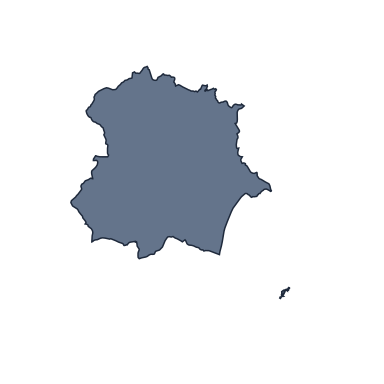 outline of Cam Lam, Khánh Hòa, Vietnam, rotated 37°
{"feature_id": "81297802B15274858883665", "entity_name": "Cam Lam", "entity_type": "district", "adm_level": 2, "iso_a3": "VNM", "parent_name": "Vietnam", "parent_adm1": "Khánh Hòa", "projection": "albers", "projection_center": [109.135, 12.074], "detail": "fine", "context": "isolated", "style": "filled", "palette": "slate", "viewbox_px": 384, "rotation_deg": 37, "n_neighbors": 0, "source": "geoboundaries", "source_scale": "gbopen_adm2", "svg_char_len": 6001}
<svg xmlns="http://www.w3.org/2000/svg" viewBox="0 0 384 384"><g transform="rotate(37 192 192)"><path d="M254.6,143.2L253.3,142.6L250.5,140.2L248.8,139.3L248.3,139.2L244.8,139.8L240.8,140.2L239.4,140.4L238.2,140.8L237.5,140.9L234.5,139.9L233.9,139.4L233.3,138.5L232.2,137.4L231.9,137.4L230.6,139.6L229.3,140.4L227.8,140.7L227.0,140.8L226.3,140.6L220.5,138.2L219.6,138.1L218.5,138.4L218.2,138.2L217.8,137.4L217.5,137.2L215.9,137.6L214.8,139.0L212.5,137.8L211.7,137.1L211.4,136.7L211.0,133.6L209.4,134.6L208.2,134.7L206.8,134.7L206.1,134.4L204.7,132.9L203.7,130.8L202.9,128.8L201.8,130.1L201.1,130.0L198.9,127.6L196.3,122.9L196.2,121.5L195.9,120.8L195.0,119.8L192.9,118.5L193.6,116.2L193.3,114.8L192.2,114.1L185.2,111.3L186.0,110.3L186.1,109.9L185.7,108.6L184.5,106.7L180.3,101.4L179.7,100.1L179.5,99.0L179.5,98.0L179.8,97.2L181.1,95.6L181.4,94.7L181.9,91.9L178.7,92.0L179.0,92.5L178.2,93.5L177.4,93.9L176.2,94.8L174.6,95.3L173.6,95.9L173.0,97.4L172.9,98.1L173.1,100.2L172.9,100.8L172.5,101.0L171.5,101.2L169.3,101.2L168.2,100.7L166.5,99.4L165.7,99.0L164.4,98.9L163.4,99.9L162.6,101.5L161.2,102.8L160.6,104.2L159.8,104.6L158.5,104.5L157.4,103.7L156.3,103.7L155.4,103.1L154.4,103.0L154.0,102.6L153.4,101.4L152.0,100.9L151.2,99.3L150.3,98.7L150.1,98.4L150.1,96.5L149.9,95.6L148.8,95.3L148.3,96.4L146.7,96.3L145.9,98.1L145.1,99.1L144.0,101.1L143.6,101.5L143.1,101.1L142.8,101.2L142.5,101.6L142.0,103.3L141.8,103.5L141.4,103.5L141.2,103.0L141.2,102.2L141.5,101.0L141.5,100.6L140.9,99.5L140.9,98.6L139.7,97.5L139.4,98.3L138.8,99.1L137.1,99.9L136.2,100.2L136.0,100.8L137.0,104.9L136.4,105.3L136.2,108.6L136.1,108.9L134.4,109.0L134.2,109.5L133.6,110.3L132.1,110.7L130.5,111.9L128.9,112.1L127.4,112.6L126.5,112.7L121.3,113.7L118.3,114.0L116.7,114.4L115.1,117.2L113.8,116.0L113.0,115.6L111.3,115.1L110.4,112.4L110.0,111.8L109.4,111.3L109.0,111.2L107.5,111.7L106.9,112.4L106.4,112.8L105.4,112.4L103.7,112.4L102.4,113.6L100.7,114.4L99.5,115.3L98.9,115.0L98.2,114.8L97.8,115.2L97.7,115.8L97.4,117.9L95.9,120.9L96.5,123.2L96.4,123.8L96.2,124.3L95.5,124.9L94.5,125.5L93.3,125.8L92.4,125.7L91.7,125.4L84.2,120.1L83.2,120.3L82.8,120.1L82.0,119.2L80.6,118.7L80.0,119.9L79.1,121.0L78.8,121.8L78.7,122.7L78.9,125.0L78.8,128.7L78.5,129.1L77.1,129.8L75.5,131.0L73.8,130.7L72.8,132.6L75.4,137.0L75.4,137.3L73.5,139.3L73.0,141.0L72.5,141.9L71.3,143.2L71.1,145.3L70.1,147.2L70.1,149.3L69.5,151.9L69.6,154.4L69.4,155.8L69.0,156.4L67.1,158.1L62.9,159.3L61.0,160.2L59.5,162.4L56.8,167.8L56.3,170.9L55.9,172.4L56.4,173.5L56.6,175.0L56.8,175.4L58.1,176.5L58.6,177.7L59.1,182.0L58.9,183.6L59.4,184.7L59.3,185.3L58.5,186.6L58.8,188.8L58.7,190.1L58.5,190.5L58.9,191.2L60.6,192.5L61.7,193.1L63.8,193.9L65.4,193.9L66.0,193.5L66.6,193.5L68.0,194.4L69.0,194.8L70.4,195.1L71.4,195.0L73.0,194.3L75.0,194.4L77.6,193.6L78.6,193.7L80.0,194.2L80.9,194.3L82.5,194.3L84.4,195.8L86.3,197.0L87.0,198.2L87.2,199.4L91.2,201.5L92.1,202.2L92.5,202.7L93.7,205.0L94.3,205.4L95.6,205.0L96.5,205.2L97.0,205.8L98.2,207.9L100.9,211.5L101.7,212.3L103.0,212.6L103.3,213.0L103.5,214.6L103.3,214.8L97.3,219.3L94.7,220.6L93.4,220.9L93.2,221.1L93.5,225.0L94.3,226.2L95.5,225.3L96.3,224.5L96.8,224.2L98.0,224.3L98.7,224.8L99.3,225.8L100.0,227.3L100.2,229.6L100.0,231.6L99.3,235.1L99.4,235.6L99.8,236.5L100.9,237.8L104.7,241.1L104.2,241.5L103.5,241.5L102.9,241.8L102.4,242.8L101.9,244.4L100.2,247.0L100.0,247.6L100.1,249.9L100.0,250.7L99.4,251.7L99.3,252.4L99.7,254.0L100.1,254.5L101.7,255.6L102.3,256.5L102.3,261.2L102.3,262.7L102.0,264.2L102.1,266.1L101.0,271.1L101.0,271.8L101.7,273.4L104.8,274.9L105.2,275.0L110.6,274.6L111.9,275.0L113.5,275.9L116.9,276.8L119.0,277.2L120.4,278.4L123.7,279.2L125.1,279.7L125.8,280.3L125.9,281.8L127.3,281.1L128.6,281.0L129.0,281.1L129.5,281.7L129.9,281.9L133.0,281.9L133.9,282.0L134.8,282.4L135.9,282.9L137.0,283.9L137.6,284.8L138.6,287.0L142.0,292.1L142.4,291.5L142.9,289.5L144.0,288.0L145.0,287.2L146.8,283.9L148.2,282.4L150.4,281.1L154.7,279.1L155.2,278.2L160.4,276.8L163.5,276.2L167.5,274.9L168.2,274.9L169.7,275.6L170.0,275.6L171.0,274.5L171.4,273.5L172.0,273.4L172.1,270.9L172.4,269.9L173.0,269.1L176.5,265.5L177.0,266.1L177.7,265.2L179.0,266.3L180.8,268.2L184.1,269.4L184.5,269.8L184.8,270.5L185.3,272.4L185.7,273.3L187.4,275.6L188.4,276.7L190.0,277.0L191.4,274.9L194.2,271.7L195.1,270.2L195.5,268.6L196.3,266.9L197.0,266.2L198.4,265.2L199.1,264.5L199.2,263.8L198.8,262.4L198.7,261.6L198.9,260.8L200.8,258.2L201.0,257.7L201.5,253.7L199.8,247.0L199.6,242.7L200.6,241.4L202.6,240.4L203.6,239.0L206.3,238.9L208.2,238.3L212.3,237.7L214.3,237.6L215.2,234.4L216.1,234.6L219.1,236.3L220.2,236.4L221.5,236.2L223.6,234.9L225.5,234.1L228.6,233.5L230.5,232.6L231.2,232.5L232.9,232.9L234.4,232.6L235.5,231.7L237.0,232.0L238.1,230.6L240.9,228.6L251.6,225.5L250.2,222.9L247.9,217.3L246.0,213.3L241.2,204.1L239.9,200.9L238.0,194.4L235.3,184.2L234.5,180.2L234.3,167.2L234.4,165.8L235.0,163.0L235.4,161.3L235.8,160.8L237.1,160.1L238.4,160.3L239.6,160.0L241.9,160.5L242.8,160.4L243.0,160.1L243.3,159.1L244.4,158.5L246.3,156.6L246.4,155.3L246.1,155.0L246.4,154.0L246.3,153.3L246.8,152.5L247.2,152.3L247.1,150.2L247.5,148.6L247.9,147.7L247.9,146.9L248.2,146.3L249.4,145.0L250.2,144.7L253.2,144.2L254.3,144.3L254.7,143.8L254.6,143.2ZM327.0,212.2L326.8,212.0L326.6,212.4L325.8,213.0L325.1,214.4L324.3,215.2L323.6,217.6L324.2,218.3L324.5,218.5L324.6,218.9L325.3,219.6L325.5,220.5L326.0,220.8L326.7,221.0L327.4,220.8L327.4,220.4L327.7,220.2L326.9,220.1L326.4,219.8L325.6,219.8L325.8,219.5L326.5,219.5L326.8,218.9L326.6,218.8L326.6,217.7L326.2,217.7L326.5,217.2L326.2,216.6L326.3,216.4L326.1,216.3L326.2,215.9L326.1,215.4L325.5,215.5L325.7,215.0L325.5,214.6L325.6,214.4L326.1,214.0L327.2,213.6L327.6,213.6L327.3,213.3L327.8,213.0L327.9,212.7L327.7,212.6L328.1,212.4L328.1,212.1L327.6,212.0L327.0,212.2ZM327.1,211.6L327.6,211.1L327.8,210.2L327.7,210.0L327.4,209.9L326.7,210.1L326.7,211.2L327.1,211.6ZM326.5,222.3L326.0,222.4L325.6,222.7L325.9,223.9L326.7,223.8L326.6,222.7L326.5,222.3Z" fill="#64748b" stroke="#1e293b" stroke-width="1.5"/></g></svg>